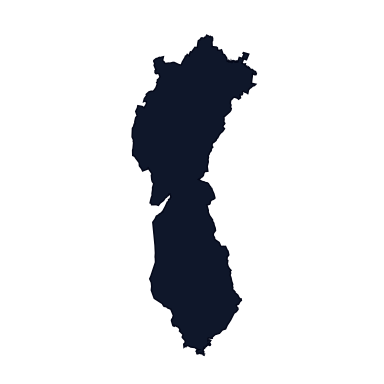 Remetea, Bihor, Romania, rotated 104°
{"feature_id": "2599482B38217862472768", "entity_name": "Remetea", "entity_type": "district", "adm_level": 2, "iso_a3": "ROU", "parent_name": "Romania", "parent_adm1": "Bihor", "projection": "robinson", "projection_center": [22.374, 46.741], "detail": "fine", "context": "isolated", "style": "filled", "palette": "ink", "viewbox_px": 384, "rotation_deg": 104, "n_neighbors": 0, "source": "geoboundaries", "source_scale": "gbopen_adm2", "svg_char_len": 5987}
<svg xmlns="http://www.w3.org/2000/svg" viewBox="0 0 384 384"><g transform="rotate(104 192 192)"><path d="M183.5,245.0L180.4,240.6L179.3,240.4L184.2,234.9L185.5,235.5L189.8,234.0L191.5,233.0L193.0,231.1L197.3,231.3L199.5,230.7L203.1,230.4L204.9,229.8L207.7,230.1L212.7,230.0L212.8,229.0L213.6,228.3L214.1,228.1L212.9,223.5L213.1,221.4L210.5,220.3L207.1,217.6L204.2,216.6L203.2,215.6L201.7,214.9L201.3,214.3L199.4,213.8L199.1,213.1L201.9,211.2L202.7,211.6L203.9,211.6L205.0,212.9L206.2,212.6L207.5,213.0L207.7,213.5L212.4,214.3L217.2,215.5L218.2,215.3L218.6,215.8L218.3,216.0L219.6,216.7L221.2,217.9L221.2,218.3L222.3,218.8L224.0,220.7L227.3,221.3L230.8,222.7L252.5,215.0L260.1,212.7L264.0,212.0L265.2,211.5L269.0,210.4L283.7,211.5L286.5,212.0L289.7,209.5L293.4,208.2L297.1,207.7L304.3,202.9L307.4,193.8L309.4,191.9L309.7,191.3L309.5,190.1L309.7,188.4L310.3,187.7L310.8,184.2L316.0,180.4L317.1,180.0L317.8,180.3L319.4,180.2L320.4,180.9L321.8,180.8L326.2,178.2L325.9,177.4L326.5,177.2L326.6,176.8L325.8,176.2L325.8,175.5L326.4,172.6L327.3,171.3L328.6,170.3L329.9,170.5L332.4,166.2L332.8,166.0L334.5,166.4L335.5,166.2L337.6,163.0L338.4,162.4L340.6,162.3L341.5,163.2L344.5,162.2L343.5,161.5L343.3,160.9L343.5,160.5L342.4,160.1L342.0,158.4L342.7,155.7L342.2,151.6L343.3,148.8L343.2,147.1L343.9,148.1L343.9,148.8L344.9,149.3L345.4,149.0L345.8,149.3L346.3,148.6L347.7,148.1L347.6,147.1L346.8,146.5L346.4,145.7L346.8,145.0L346.3,144.5L346.2,143.6L346.6,143.5L346.7,141.9L347.4,141.5L347.4,141.1L347.0,141.4L346.3,140.9L346.2,141.7L343.9,142.0L343.8,142.3L344.1,142.6L343.8,143.0L340.0,142.8L340.4,142.0L339.7,141.9L338.0,140.6L337.5,140.8L336.8,139.7L335.7,139.8L336.5,138.4L336.6,137.6L336.4,137.3L335.6,137.1L334.9,137.6L335.8,138.6L335.5,138.7L334.1,138.7L331.5,137.9L331.3,139.3L331.5,140.1L332.3,140.5L330.7,141.1L329.8,140.9L329.4,139.5L329.2,137.4L329.0,137.0L328.2,137.4L324.8,135.2L322.4,131.2L318.5,129.2L316.7,126.3L312.7,125.6L306.9,123.6L299.4,121.9L297.4,120.1L294.8,119.0L293.4,119.5L293.1,120.5L291.0,121.6L289.9,120.8L290.0,120.3L289.5,119.7L286.7,119.0L285.2,117.9L283.9,118.5L284.2,119.0L283.2,120.8L281.0,122.6L279.2,126.1L278.4,126.2L278.1,127.1L277.5,127.4L277.2,128.4L276.4,129.4L275.0,129.2L273.2,130.2L271.7,130.2L268.9,132.0L265.7,133.5L263.5,135.0L261.3,134.9L260.0,135.8L258.6,135.2L257.4,137.1L255.5,139.0L253.0,140.4L249.8,140.7L249.5,141.1L249.3,142.0L247.4,141.9L246.4,142.3L245.7,142.0L245.1,141.3L244.1,141.1L240.6,142.8L239.8,143.9L236.7,146.3L237.3,149.0L237.7,149.7L237.6,151.1L234.4,153.5L232.8,157.8L232.2,158.6L230.7,159.2L229.2,160.7L228.1,161.1L226.5,161.1L223.7,159.9L221.4,160.8L218.9,162.5L216.9,163.4L215.3,165.1L214.1,165.3L210.6,169.3L207.5,171.5L205.8,171.8L201.1,174.5L199.7,172.2L199.0,171.7L196.8,171.9L195.7,171.5L195.0,171.1L193.7,169.2L193.1,169.0L192.7,168.4L192.1,168.4L188.4,170.4L185.5,172.7L183.8,173.7L183.9,174.1L182.5,175.3L181.7,176.5L179.9,178.2L179.4,179.6L179.7,181.5L179.3,182.1L179.3,185.0L178.2,188.8L176.4,187.1L175.7,186.8L174.7,185.7L173.2,185.0L171.1,185.1L169.1,184.6L168.0,181.7L163.4,183.5L158.9,183.5L156.4,184.4L154.3,184.4L152.6,185.3L151.6,184.6L149.5,184.5L147.6,183.5L146.4,183.4L146.1,183.7L145.2,183.8L143.6,182.7L143.1,183.0L143.1,183.3L141.3,184.1L138.7,183.6L138.4,182.8L136.2,181.2L134.1,180.9L133.3,180.2L129.8,179.4L127.7,178.4L125.9,177.0L122.7,175.8L122.4,176.1L122.4,176.6L121.1,177.9L119.5,177.7L118.4,177.0L117.4,176.8L116.8,177.7L115.3,178.4L114.4,178.3L111.3,179.3L110.7,178.6L104.9,174.7L103.2,174.1L101.4,174.1L100.9,174.9L100.2,175.2L98.2,175.2L97.0,176.2L94.8,176.6L93.2,176.5L91.9,175.5L90.3,174.8L89.7,173.8L89.8,171.6L90.2,170.0L90.7,169.3L88.9,167.7L86.9,168.8L86.1,168.8L86.2,168.4L85.4,166.8L84.4,166.7L82.7,167.4L81.8,166.6L81.7,165.8L82.2,165.4L82.5,162.5L83.0,162.0L83.0,161.7L79.3,161.9L77.4,161.0L76.4,160.0L74.3,158.7L74.1,157.9L73.5,157.1L72.0,156.2L72.1,160.7L62.3,161.9L62.9,160.4L63.0,159.3L62.6,158.3L61.2,158.3L61.1,158.9L59.8,159.5L59.5,161.8L59.1,162.1L58.5,163.2L58.9,164.1L58.1,166.7L57.9,166.2L57.6,166.3L57.0,167.6L57.7,167.8L57.7,168.1L57.4,168.9L56.6,169.4L57.0,169.8L56.5,171.1L54.7,171.2L54.8,171.6L55.2,171.7L55.5,172.5L54.8,174.8L50.3,174.1L50.5,171.2L44.5,170.3L44.3,175.8L45.0,176.0L45.0,174.8L50.2,175.6L50.0,178.7L54.6,178.9L54.8,179.4L53.9,179.8L54.0,180.3L55.2,180.6L55.3,181.0L54.8,181.3L55.3,181.9L54.5,182.3L55.0,183.3L54.6,183.4L54.5,183.9L55.1,184.6L55.4,184.3L56.1,184.5L55.4,184.9L56.1,185.5L55.6,185.8L56.5,185.8L56.7,186.5L56.2,186.7L56.2,187.7L55.8,187.5L55.4,188.1L56.0,188.2L56.1,188.7L56.6,188.6L56.4,189.0L56.6,189.4L53.5,190.9L50.9,193.7L50.9,195.2L46.9,197.8L47.8,199.2L48.2,201.2L48.0,201.5L45.9,202.3L45.5,203.3L46.1,207.6L41.1,209.1L40.2,208.7L38.1,209.1L36.8,209.8L37.0,210.2L36.6,211.7L37.2,211.7L37.4,212.2L36.7,213.5L36.3,215.7L38.6,216.2L38.8,217.1L40.0,217.4L40.0,219.5L40.3,220.3L42.4,221.1L43.6,222.4L44.9,222.1L45.0,222.4L50.3,221.8L50.9,223.2L50.9,224.1L56.5,226.3L56.4,227.4L58.8,227.8L60.6,227.6L59.7,229.9L62.0,230.5L61.8,231.2L63.2,231.3L68.3,232.8L70.4,233.0L71.6,233.5L71.6,235.6L70.6,240.7L70.9,241.9L72.4,244.6L72.5,245.7L73.5,248.2L73.7,249.6L72.5,250.6L71.8,252.1L71.3,252.4L67.7,252.5L69.1,255.1L69.7,255.7L69.3,256.3L71.3,258.5L71.5,258.9L71.3,259.1L73.6,260.8L74.3,260.8L76.4,259.2L78.2,259.4L82.2,256.5L83.1,257.2L85.1,256.7L85.8,255.9L85.8,255.1L85.3,254.5L85.2,252.7L88.0,250.9L90.0,251.5L91.6,252.7L93.3,252.1L94.2,252.8L95.4,251.8L99.5,252.2L102.1,253.2L103.4,253.8L103.8,254.3L104.1,256.0L105.2,257.9L108.3,260.0L109.2,259.3L112.9,260.8L116.0,260.8L115.3,259.9L115.3,258.2L117.5,257.5L121.9,258.8L121.1,261.0L121.4,265.4L123.7,265.3L127.4,266.1L131.6,263.4L132.7,264.3L133.6,264.6L137.4,264.5L138.7,264.2L139.2,263.6L140.0,264.0L140.1,264.5L142.8,264.5L144.5,265.2L153.1,263.4L155.6,261.4L157.2,261.2L158.1,260.6L163.9,259.7L165.9,259.7L170.6,258.4L170.3,258.0L170.9,257.7L171.5,255.7L172.2,255.4L176.3,250.3L179.4,249.3L181.6,246.5L183.5,245.0Z" fill="#0f172a" stroke="#020617" stroke-width="1.5"/></g></svg>